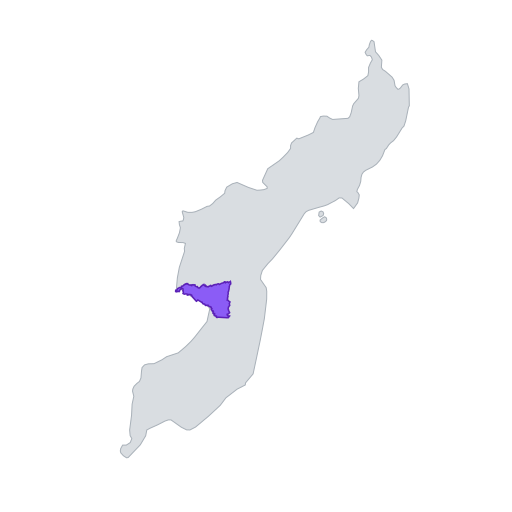 location of Dedza, Dedza, Malawi, rotated 45°
{"feature_id": "42251766B66225457753973", "entity_name": "Dedza", "entity_type": "district", "adm_level": 2, "iso_a3": "MWI", "parent_name": "Malawi", "parent_adm1": "Dedza", "projection": "natural_earth1", "projection_center": [34.006, -14.237], "detail": "fine", "context": "in_parent", "style": "filled", "palette": "violet", "viewbox_px": 512, "rotation_deg": 45, "n_neighbors": 0, "source": "geoboundaries", "source_scale": "gbopen_adm2", "svg_char_len": 8374}
<svg xmlns="http://www.w3.org/2000/svg" viewBox="0 0 512 512"><g transform="rotate(45 256 256)"><path d="M200.0,301.4L197.2,297.0L194.9,298.1L191.7,301.2L190.0,302.1L189.1,302.0L188.6,301.2L187.9,299.2L185.4,293.6L182.6,289.5L179.7,288.0L177.3,286.1L178.4,284.3L179.5,283.0L179.0,281.7L177.7,279.8L172.5,276.9L172.4,275.7L177.0,273.3L179.9,270.4L181.8,267.6L184.3,261.6L186.3,255.5L187.8,253.5L188.3,249.5L188.0,245.0L189.0,239.2L189.5,233.8L187.9,231.7L186.6,228.0L188.2,221.7L190.6,217.4L202.1,212.9L210.1,208.9L211.8,207.1L214.6,203.6L216.1,200.3L215.0,199.2L208.7,199.2L207.1,197.9L202.6,186.0L205.1,172.3L205.3,167.0L205.2,160.4L204.4,155.5L202.4,153.5L201.2,150.9L201.5,143.8L203.4,142.9L207.4,133.5L209.2,128.0L207.0,123.6L204.6,117.3L203.6,113.3L203.0,111.9L204.6,109.5L207.3,107.0L210.4,106.4L213.6,105.3L223.7,93.6L223.8,91.3L222.0,87.4L218.2,81.5L217.4,79.1L216.9,72.0L215.4,69.8L209.8,65.1L205.6,60.0L206.9,54.9L207.6,49.4L205.5,46.3L202.3,43.1L200.4,38.5L199.5,35.0L197.0,33.7L194.7,33.6L193.1,35.8L191.3,35.6L189.1,34.8L188.4,31.8L188.2,28.6L186.7,26.4L185.3,23.4L185.1,21.8L186.0,21.3L187.9,21.0L196.1,27.1L201.0,27.4L206.5,28.5L211.2,33.9L213.7,34.6L216.8,33.9L225.7,33.3L229.3,34.1L233.9,37.3L235.7,37.7L238.5,37.8L239.0,37.0L239.3,35.1L238.8,31.3L239.5,29.3L241.2,27.1L246.1,29.7L258.2,41.4L258.6,42.9L266.3,54.6L268.8,59.6L268.8,62.2L271.2,72.4L271.7,77.1L271.2,80.8L271.3,83.7L272.2,87.8L271.9,89.6L274.6,95.7L275.9,100.8L276.2,105.8L275.4,110.7L273.0,117.8L272.6,120.7L273.1,123.3L274.7,126.1L277.3,129.2L279.3,132.9L280.6,137.2L281.8,139.2L283.2,139.1L285.8,139.8L287.8,142.3L290.3,146.6L291.1,151.4L291.4,153.5L284.5,153.4L275.8,154.2L273.7,156.1L273.0,160.3L270.3,169.1L268.8,172.3L265.5,178.1L261.0,186.4L260.1,189.1L260.2,191.9L262.9,203.2L265.7,215.0L266.6,219.6L268.6,235.4L269.7,246.5L269.8,253.0L270.7,261.7L273.2,266.5L275.8,269.4L285.6,271.2L288.6,273.4L294.1,279.0L306.2,294.4L312.9,304.2L318.7,312.8L329.2,328.9L337.3,341.4L338.3,353.1L339.6,354.8L336.8,363.5L335.0,377.5L336.3,386.9L335.7,402.8L334.2,419.7L332.3,425.7L329.9,428.0L324.2,429.9L311.8,432.0L309.9,433.9L308.3,437.2L305.8,445.0L302.8,452.9L301.8,456.3L302.4,457.1L305.1,461.1L307.7,471.3L308.1,488.9L307.2,490.2L303.5,491.0L299.6,490.8L297.9,489.8L296.5,487.8L295.4,484.0L298.0,481.4L299.0,476.8L297.3,472.9L294.0,472.0L289.7,468.4L280.7,456.7L273.2,448.4L268.8,441.6L264.3,438.9L263.0,437.2L261.9,434.3L261.9,430.2L262.3,427.1L260.9,423.6L256.4,418.3L254.3,415.4L254.2,411.8L256.1,408.4L260.0,404.3L262.9,395.9L264.0,390.4L269.5,379.5L270.3,370.0L270.4,362.4L270.0,356.7L268.6,345.0L267.7,337.0L260.9,326.4L258.7,325.5L252.3,326.4L246.7,327.9L244.0,330.1L239.9,330.2L229.1,332.1L225.7,332.8L223.7,334.8L222.6,335.1L215.8,327.0L209.8,318.2L202.2,303.2L200.0,301.4ZM278.9,185.9L277.1,186.3L275.9,185.3L276.2,182.0L276.8,179.7L278.7,179.3L279.9,179.9L280.8,181.0L280.8,182.7L280.3,184.5L278.9,185.9ZM274.8,180.0L273.8,183.2L271.7,183.1L269.6,180.3L270.3,178.1L272.2,177.4L273.9,178.2L274.8,180.0Z" fill="#d9dde1" stroke="#a8b0b8" stroke-width="1"/><path d="M270.1,306.9L269.7,307.1L269.3,307.0L269.1,307.0L268.6,307.2L267.8,307.1L267.6,307.1L267.1,307.3L266.8,307.5L266.3,306.4L266.2,306.3L265.8,306.2L265.5,305.7L265.3,305.5L265.1,305.3L265.0,305.0L265.1,304.9L265.0,304.6L264.1,304.1L263.5,303.0L262.9,302.2L262.5,301.8L261.9,301.4L261.7,301.1L261.6,300.5L261.4,300.0L261.2,299.9L260.8,299.3L260.7,298.9L260.2,298.4L259.8,297.7L259.7,297.6L258.7,296.5L258.6,296.3L258.5,295.9L257.8,294.9L257.6,294.4L257.9,294.0L257.9,293.8L257.9,293.6L256.6,292.5L255.9,292.1L255.9,292.4L255.7,293.0L255.1,294.0L255.2,294.3L254.6,294.3L254.4,294.5L254.0,294.5L253.6,295.6L253.3,295.7L253.1,295.8L253.2,296.2L253.2,296.5L252.9,296.4L252.6,296.4L252.3,296.2L252.1,296.3L251.9,296.6L251.9,296.8L252.1,296.6L252.3,296.6L252.0,297.8L251.6,298.7L251.3,298.9L251.0,299.7L250.8,299.9L250.7,300.5L250.6,300.8L250.3,302.0L250.2,302.1L249.4,302.0L249.2,302.1L248.9,302.5L248.5,303.1L248.5,303.3L248.3,303.6L248.3,304.4L247.7,304.6L247.4,304.9L247.4,305.1L247.3,305.6L247.0,305.8L246.7,305.8L246.6,306.0L246.6,306.3L246.4,306.8L246.6,306.9L246.6,307.0L246.3,307.3L246.2,307.5L246.3,307.8L246.1,308.1L246.1,308.3L246.0,308.9L245.5,309.0L244.9,308.7L244.7,308.8L244.5,309.3L244.6,309.6L244.5,309.8L244.6,310.1L244.3,310.4L244.0,310.9L244.0,311.2L243.8,311.5L243.9,311.8L243.4,312.0L243.1,312.2L243.0,312.4L242.7,312.6L242.3,312.4L242.2,312.5L242.1,312.8L242.0,313.0L241.8,312.9L241.6,313.1L241.4,312.5L241.2,312.4L240.7,312.4L240.6,312.7L240.5,312.8L240.3,313.1L240.1,313.0L239.9,313.1L239.6,313.2L239.3,313.1L239.2,313.0L238.9,313.5L239.2,314.0L239.0,314.5L238.7,314.7L238.7,314.8L238.7,315.4L238.7,316.0L238.8,316.1L238.7,316.2L238.8,316.3L238.7,316.5L238.6,316.9L238.7,317.1L238.7,317.4L238.8,317.6L238.8,317.8L238.8,318.0L238.5,318.5L238.5,318.9L238.2,318.9L238.0,319.2L237.7,319.3L237.2,319.5L236.9,319.5L236.7,319.5L236.6,319.3L236.3,319.1L236.2,319.4L235.9,319.6L235.6,319.7L235.2,320.0L234.7,320.1L234.3,320.2L234.1,320.2L233.6,319.9L233.5,319.6L233.1,319.6L232.8,320.1L232.6,320.2L232.5,320.4L232.4,320.4L232.4,320.6L232.2,320.8L231.8,320.9L231.5,321.1L231.5,321.3L231.4,321.4L231.3,321.6L231.2,321.8L231.2,322.0L231.3,322.1L231.2,322.4L231.3,322.5L231.1,322.6L230.6,322.2L230.3,322.5L230.2,322.7L230.2,322.8L230.0,323.1L229.9,323.3L229.6,323.4L229.2,323.7L228.6,323.9L228.4,324.0L228.0,324.0L227.5,324.2L227.5,323.9L227.3,323.8L227.2,323.9L227.1,324.1L226.8,324.2L226.7,324.4L226.7,324.5L226.5,325.1L226.3,325.2L226.3,325.7L226.0,325.9L225.9,325.6L225.7,326.0L225.7,326.3L225.8,326.5L225.8,326.9L225.6,327.1L225.6,327.4L225.4,327.7L225.5,327.9L225.6,328.3L225.4,328.9L225.2,329.4L225.2,329.5L224.9,329.7L224.7,330.1L225.4,330.9L225.1,331.3L225.2,331.6L224.5,332.1L224.1,332.5L224.0,333.6L223.6,334.2L223.6,334.4L224.0,335.8L224.0,336.0L223.9,336.4L223.5,336.6L223.4,336.9L223.4,337.0L223.7,337.1L224.1,337.4L224.1,337.7L224.2,337.9L224.3,337.9L224.7,337.9L225.1,337.6L225.3,337.3L225.5,337.1L225.4,336.8L225.5,336.6L225.5,336.4L226.1,336.0L226.3,335.6L226.5,335.6L226.8,335.6L226.8,335.0L226.5,334.6L226.2,333.6L226.1,333.2L226.5,332.3L226.5,331.8L226.4,331.4L226.8,331.1L227.3,330.8L227.6,330.9L227.8,331.0L228.1,331.4L228.5,331.7L228.7,332.1L229.1,332.1L229.4,332.6L229.7,332.9L230.0,332.8L230.7,333.3L230.9,333.7L230.9,334.1L231.1,334.1L231.4,333.9L231.8,333.9L232.4,333.6L233.1,332.5L234.2,331.6L234.4,331.6L235.0,332.2L235.6,331.8L235.4,331.0L235.5,330.8L236.3,330.1L236.6,330.0L236.8,329.9L236.9,329.6L237.0,329.5L237.4,329.7L237.5,329.7L237.8,329.3L238.1,329.1L238.3,329.2L238.4,329.5L238.5,329.7L239.0,329.6L240.0,329.8L244.4,330.1L245.9,330.2L246.0,330.1L245.9,328.5L245.9,328.3L246.0,328.2L247.9,327.7L248.0,327.7L248.7,327.5L250.2,327.2L250.3,327.1L250.6,326.8L251.0,327.0L251.3,327.2L251.6,327.2L252.4,327.3L252.7,327.2L253.0,327.0L253.1,326.9L253.1,326.7L253.4,326.6L253.6,326.4L253.8,326.3L254.3,326.4L254.8,326.7L255.1,326.7L255.4,326.6L255.7,326.3L256.0,325.5L256.5,325.3L257.0,324.7L257.5,325.1L258.4,324.7L259.0,324.7L259.4,324.6L259.6,324.4L259.6,324.2L259.8,324.2L260.0,323.9L260.4,324.0L260.7,324.0L260.9,324.5L261.0,324.6L261.5,324.7L261.8,324.5L261.9,325.1L262.3,325.6L263.1,325.5L263.6,325.8L264.3,325.9L264.4,325.7L264.3,325.4L264.3,325.2L264.6,325.2L264.7,325.4L264.9,325.7L265.1,325.9L265.5,325.8L265.5,326.2L265.7,326.3L265.8,326.7L266.0,326.9L266.5,326.8L267.2,326.9L267.3,326.9L267.3,326.6L267.3,326.2L267.5,326.0L268.3,326.8L268.4,327.0L268.2,327.3L268.5,327.6L269.1,327.2L269.5,327.3L269.9,326.9L270.0,326.7L270.3,326.6L270.3,326.9L270.8,327.1L271.0,327.1L271.3,327.2L271.5,327.3L271.8,327.1L272.0,327.0L272.0,326.9L271.9,326.7L272.1,326.4L277.2,321.9L277.6,321.5L278.8,320.5L279.2,320.0L279.9,319.5L280.0,319.4L280.0,319.2L279.9,318.9L280.0,318.7L279.7,317.7L279.8,317.5L279.8,317.4L279.5,317.4L279.4,317.5L279.4,317.4L279.3,317.5L279.2,317.7L278.9,318.0L278.5,318.0L278.0,318.2L277.7,318.1L277.2,318.0L276.8,317.5L277.0,317.2L277.3,316.8L277.3,316.5L277.4,316.4L277.3,316.2L277.5,315.0L277.4,314.7L277.2,314.5L276.4,314.4L275.5,314.0L275.0,313.9L274.8,313.6L274.6,313.7L274.4,313.6L274.2,313.5L273.4,312.8L273.1,312.2L272.7,311.8L272.6,311.6L272.7,311.3L272.6,311.0L272.5,310.7L272.4,310.1L272.4,309.9L272.4,309.7L272.2,309.7L271.9,309.3L271.6,309.0L271.4,308.9L270.7,308.5L270.6,308.0L270.1,306.9Z" fill="#8b5cf6" stroke="#5b21b6" stroke-width="1.5"/></g></svg>